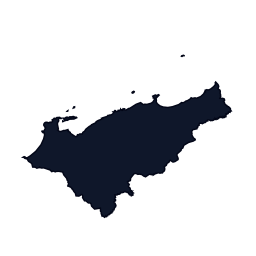 outline of Pathio, Chumphon, Thailand, rotated 222°
{"feature_id": "78962969B3300924250293", "entity_name": "Pathio", "entity_type": "district", "adm_level": 2, "iso_a3": "THA", "parent_name": "Thailand", "parent_adm1": "Chumphon", "projection": "mercator", "projection_center": [99.321, 10.773], "detail": "fine", "context": "isolated", "style": "filled", "palette": "ink", "viewbox_px": 256, "rotation_deg": 222, "n_neighbors": 0, "source": "geoboundaries", "source_scale": "gbopen_adm2", "svg_char_len": 5700}
<svg xmlns="http://www.w3.org/2000/svg" viewBox="0 0 256 256"><g transform="rotate(222 128 128)"><path d="M85.7,46.0L85.8,47.7L85.1,47.3L84.7,47.7L85.0,48.1L84.4,49.2L84.9,49.7L84.6,50.6L84.1,50.9L84.4,51.9L83.9,52.1L83.9,53.1L83.4,53.9L84.1,54.2L83.6,54.6L83.4,55.6L84.4,57.2L83.7,57.7L84.7,60.0L84.5,61.1L85.2,62.4L85.8,62.7L86.1,62.5L87.2,63.4L88.4,63.1L88.8,63.4L89.2,63.9L88.6,65.5L89.0,66.1L89.4,66.4L90.2,65.9L90.9,67.2L90.8,68.1L93.0,69.3L91.3,71.0L91.6,72.0L90.6,72.4L89.9,73.5L90.3,75.6L89.4,75.6L88.3,77.2L87.8,78.9L87.2,78.8L86.3,79.5L85.6,79.5L84.5,80.6L84.2,80.6L84.6,80.4L84.3,80.0L83.6,79.6L82.8,79.8L82.2,79.4L81.0,80.1L80.2,79.8L79.5,81.6L80.3,81.8L80.5,82.6L81.4,82.5L80.9,83.2L82.4,83.0L82.5,83.6L82.8,83.1L83.4,83.6L83.6,83.0L83.9,83.3L84.2,83.0L86.2,84.7L88.0,84.6L88.6,85.0L89.4,87.0L90.3,86.7L92.4,87.8L91.1,90.5L92.6,92.7L92.9,98.2L91.8,99.5L89.7,100.2L88.5,101.5L86.4,102.7L84.2,102.8L82.3,103.5L81.3,107.7L80.7,108.4L80.3,108.4L79.7,109.1L79.0,109.2L78.0,110.6L77.7,110.2L77.5,110.9L77.9,111.3L77.1,112.1L77.3,112.7L76.5,113.2L75.7,114.9L73.9,115.9L73.5,116.9L72.6,117.3L72.4,117.8L72.6,118.8L72.3,120.5L73.2,122.1L75.1,123.6L74.6,126.0L75.1,126.5L75.0,127.2L75.4,128.0L74.7,129.8L75.2,131.6L75.0,132.3L71.8,132.8L70.7,134.4L69.7,138.0L70.5,139.0L73.4,140.4L74.2,141.6L73.6,146.8L74.4,148.2L73.9,149.8L75.0,152.5L73.3,157.9L70.8,161.9L70.1,164.2L70.7,164.6L72.7,164.4L75.9,165.5L76.9,166.9L78.1,167.6L78.4,168.3L78.8,170.0L76.3,173.5L76.7,174.0L76.6,175.0L77.4,175.9L77.0,177.7L77.4,177.8L78.0,179.3L76.6,180.7L75.7,180.9L74.8,183.4L74.4,183.6L74.2,184.7L74.5,185.4L73.9,186.1L74.3,186.1L74.2,187.3L72.3,188.7L71.7,188.6L71.3,189.3L70.5,189.7L69.6,191.3L70.0,192.1L68.6,193.0L69.2,193.4L68.6,193.4L68.6,194.0L68.1,193.9L67.3,194.6L67.8,195.9L67.2,196.0L67.4,196.6L66.8,197.1L67.1,197.6L66.6,197.6L67.0,197.8L66.6,197.8L66.6,198.5L65.9,198.4L65.8,198.8L65.6,198.6L64.9,199.3L64.6,198.9L63.4,200.4L63.5,201.0L63.9,201.0L63.3,201.4L63.8,201.7L63.2,202.1L63.7,202.3L63.7,203.2L64.4,203.8L64.0,203.9L63.6,205.0L63.9,205.1L63.3,205.8L64.1,207.1L62.7,207.9L63.2,209.0L62.7,209.7L64.0,210.0L65.0,211.0L67.7,211.1L68.6,210.3L69.5,210.9L71.2,210.5L73.0,211.0L73.6,211.6L74.9,211.8L74.8,213.3L75.9,214.0L77.5,213.4L79.6,211.5L80.4,213.8L81.0,213.9L81.7,214.9L82.7,215.3L83.9,216.9L84.9,217.6L87.3,217.3L88.5,219.7L90.2,220.5L93.6,220.8L93.4,219.8L92.5,219.6L92.2,219.0L92.0,216.2L92.7,212.0L93.9,209.7L95.0,209.3L95.9,207.7L94.8,206.7L95.3,206.6L94.6,203.9L95.0,200.0L97.0,195.9L98.3,195.3L100.0,193.1L101.3,192.7L101.2,191.1L102.1,188.1L103.0,186.7L103.4,184.5L104.4,183.2L105.2,182.8L105.9,179.4L109.2,173.5L112.1,169.9L115.9,167.1L119.1,165.8L122.5,165.6L124.6,166.3L125.3,167.4L127.1,168.9L126.9,173.2L127.7,173.1L128.3,171.4L129.8,170.8L130.9,168.2L129.9,167.9L129.4,167.2L128.1,167.8L127.5,167.1L126.9,164.2L127.3,162.0L129.6,158.4L131.9,156.4L132.0,155.9L133.1,155.2L133.6,155.5L135.6,155.3L137.8,151.1L139.8,143.9L140.6,142.9L141.5,139.8L142.8,139.3L143.3,140.0L143.8,139.7L143.7,139.3L144.3,139.0L143.8,138.7L143.9,137.4L144.2,137.1L144.7,137.5L145.3,136.9L145.9,137.0L145.5,136.5L146.1,135.7L146.3,134.8L147.1,134.6L146.9,133.9L146.6,134.0L147.4,132.6L148.3,131.9L148.9,132.5L149.4,132.3L149.4,131.3L148.9,131.1L148.9,130.6L149.7,130.0L149.1,129.9L148.8,129.1L148.8,127.8L149.5,126.2L150.5,125.1L150.5,124.5L151.3,124.0L151.3,122.5L153.7,118.5L153.2,118.2L154.0,117.5L153.5,117.3L153.6,116.6L155.1,113.8L155.9,111.4L155.5,110.3L157.3,105.9L157.1,105.0L157.8,103.4L158.5,98.9L158.1,96.5L158.6,94.6L158.0,93.0L159.9,91.2L160.3,89.5L161.0,89.2L160.4,87.4L161.2,86.4L163.2,86.1L163.5,85.7L163.9,86.0L167.2,85.5L168.0,86.1L169.2,85.8L170.5,86.1L170.5,85.8L171.6,86.6L173.3,83.7L174.0,83.3L175.5,80.5L176.7,79.6L178.9,79.3L179.0,80.6L182.9,83.5L184.1,85.0L184.0,86.1L184.4,87.1L185.0,87.3L185.7,88.8L185.2,89.8L184.1,90.1L184.0,90.7L185.3,90.1L185.9,90.2L187.9,88.1L187.6,86.3L188.0,86.0L188.7,86.4L189.4,85.8L189.3,84.7L189.7,83.5L189.2,83.5L189.1,82.8L188.5,82.3L188.8,80.6L189.5,80.5L190.3,79.4L190.4,78.5L191.8,78.2L192.8,77.4L193.3,76.4L193.3,75.1L192.6,73.8L190.2,73.0L189.7,73.2L189.2,72.4L188.4,69.4L189.8,68.2L189.6,67.8L187.9,67.7L187.7,68.5L187.1,68.5L185.2,66.9L183.3,63.3L181.4,57.3L180.9,49.0L181.9,42.1L182.9,38.6L184.4,36.9L185.1,36.8L185.2,37.5L186.0,37.2L186.4,36.0L185.4,36.6L184.4,36.4L182.6,37.3L181.4,37.5L180.8,37.0L179.5,36.7L176.8,37.2L175.3,37.0L172.7,35.2L170.8,36.8L168.8,37.2L168.3,38.3L167.5,39.0L167.5,39.8L167.0,39.7L165.5,40.4L164.0,42.0L158.9,44.2L158.9,44.6L155.4,44.6L154.9,45.9L152.7,46.8L152.3,47.7L150.5,49.5L147.1,51.6L144.3,50.2L139.9,49.6L138.2,48.5L136.6,48.3L136.3,47.5L135.7,47.7L134.9,46.7L134.0,45.0L134.0,44.1L133.6,44.9L131.8,45.4L131.6,45.7L129.2,45.6L129.0,45.3L128.4,45.5L125.6,44.6L123.6,44.4L121.2,42.8L118.9,44.6L118.1,47.3L117.6,47.8L116.0,47.2L115.2,45.9L111.6,44.8L110.6,45.7L107.3,45.8L106.3,46.7L105.1,47.1L102.7,45.6L98.6,45.4L94.9,50.0L92.8,47.8L91.3,47.4L90.8,46.6L88.5,45.3L88.4,45.8L88.1,45.5L88.0,45.8L85.7,46.0ZM181.3,91.8L179.7,91.2L179.7,91.8L178.2,93.1L177.4,95.4L174.2,98.5L173.0,101.3L173.7,101.4L175.4,99.7L175.5,100.3L176.0,100.2L176.9,99.3L177.1,98.2L177.6,98.4L178.3,97.7L177.8,97.0L178.8,97.2L179.3,95.7L180.2,95.5L180.3,95.0L180.5,95.2L181.1,94.7L181.4,93.1L182.7,91.9L182.1,91.6L181.3,91.8ZM148.3,159.1L148.8,157.7L148.6,156.9L147.8,157.1L147.4,158.4L147.7,159.2L148.3,159.1ZM134.1,219.5L135.5,219.1L136.4,217.5L136.3,217.1L135.8,217.3L135.4,218.8L134.1,219.5ZM181.9,108.0L182.4,107.3L182.0,106.3L181.4,107.4L181.9,108.0ZM181.2,89.6L180.8,89.1L180.4,89.7L180.5,89.9L181.2,89.6ZM184.3,100.5L184.4,100.2L184.4,99.8L184.1,100.1L184.3,100.5Z" fill="#0f172a" stroke="#020617" stroke-width="1.5"/></g></svg>